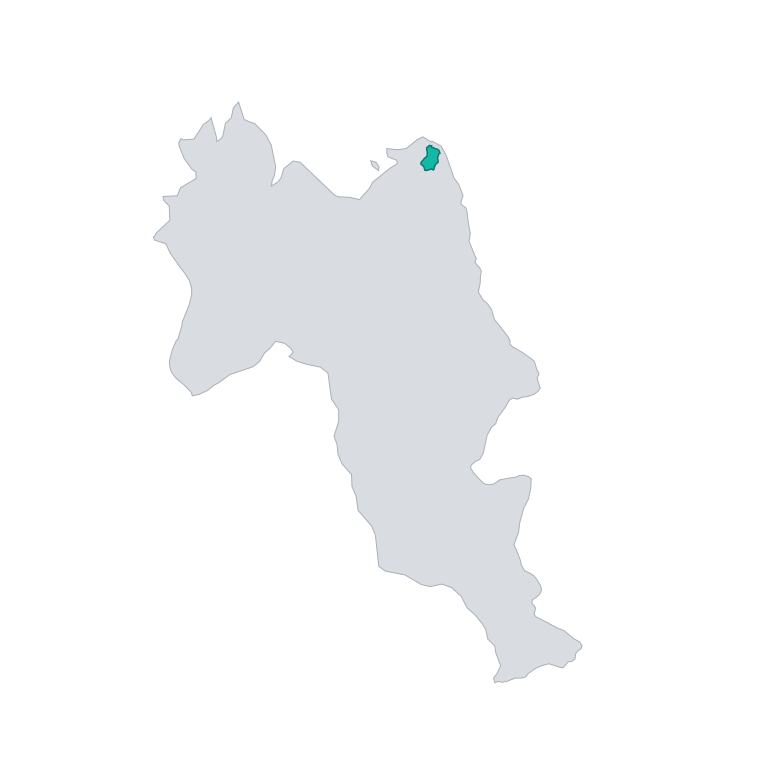 location of Phihyon, P'yŏngan-bukto, North Korea, rotated 109°
{"feature_id": "82179303B32066025180418", "entity_name": "Phihyon", "entity_type": "district", "adm_level": 2, "iso_a3": "PRK", "parent_name": "North Korea", "parent_adm1": "P'yŏngan-bukto", "projection": "equal_earth", "projection_center": [124.575, 40.048], "detail": "fine", "context": "in_parent", "style": "filled", "palette": "teal", "viewbox_px": 768, "rotation_deg": 109, "n_neighbors": 0, "source": "geoboundaries", "source_scale": "gbopen_adm2", "svg_char_len": 4038}
<svg xmlns="http://www.w3.org/2000/svg" viewBox="0 0 768 768"><g transform="rotate(109 384 384)"><path d="M457.7,561.5L454.9,563.1L450.3,571.9L446.0,583.1L441.7,589.2L436.8,592.5L431.5,594.5L420.8,595.3L411.2,594.6L408.1,593.4L394.9,594.1L391.2,594.9L372.1,594.0L362.2,594.9L355.9,597.1L349.6,601.6L344.1,608.5L339.3,615.8L329.5,629.2L322.5,635.7L322.6,645.1L322.5,647.9L320.0,649.9L319.2,649.1L315.1,648.4L298.9,639.8L285.6,645.0L282.3,651.8L278.7,654.0L273.3,640.7L264.7,640.3L250.8,628.5L244.9,630.9L243.4,635.6L235.9,646.4L225.4,655.4L222.0,656.6L218.1,655.9L218.6,653.5L214.3,643.4L197.6,639.4L191.6,635.1L188.5,634.2L204.8,623.0L209.1,621.0L205.9,618.4L202.4,617.1L189.0,618.8L182.0,615.1L171.8,616.3L164.7,613.3L179.4,602.4L180.0,595.9L179.8,591.0L187.2,576.5L194.7,568.5L213.9,557.1L222.3,555.5L228.4,555.9L233.4,554.9L228.1,550.5L223.0,548.5L213.0,548.9L202.7,542.4L201.7,535.5L221.6,492.0L221.9,488.0L218.7,477.5L217.6,467.2L203.3,461.3L197.0,460.5L178.6,449.0L171.3,443.1L168.4,444.8L167.9,454.1L165.3,456.2L160.5,458.0L158.1,447.4L154.1,439.7L142.0,432.0L137.6,427.7L139.7,418.4L138.7,417.6L140.6,407.2L148.1,399.2L166.3,385.0L171.0,378.3L180.2,370.5L184.4,370.7L188.7,370.0L189.9,366.6L190.9,363.9L194.6,361.4L203.5,357.1L213.6,351.4L221.6,349.9L231.4,341.3L235.4,337.6L239.5,337.6L240.6,335.9L242.8,331.5L245.9,328.6L250.3,328.0L257.4,325.9L266.4,324.7L272.4,317.5L274.4,312.4L278.4,306.8L286.9,300.7L292.7,291.7L299.1,281.9L302.2,278.8L305.2,278.1L307.0,274.5L309.0,264.1L311.9,254.0L313.6,249.2L321.0,244.0L322.9,241.5L324.6,240.6L328.1,241.3L332.7,238.3L337.0,234.9L341.0,236.1L345.1,238.9L349.4,244.5L351.4,248.9L354.8,252.6L355.5,258.0L358.9,260.4L366.0,261.6L377.7,265.3L385.3,265.5L389.7,268.2L398.7,269.8L416.7,267.6L424.1,268.9L427.3,272.3L431.9,274.9L434.9,275.1L438.8,270.5L442.9,262.9L445.6,257.2L445.4,252.6L442.8,247.7L436.8,243.2L432.8,236.1L429.0,228.8L426.7,226.5L424.9,222.9L424.4,217.5L425.7,213.9L434.6,211.4L446.0,210.0L455.4,211.5L470.9,210.5L480.3,208.5L487.4,208.7L493.9,208.7L496.8,205.6L505.7,198.1L510.0,195.5L514.7,190.4L515.3,185.1L516.2,180.8L518.8,176.2L523.4,170.6L527.4,168.0L531.9,168.3L536.7,170.9L539.8,173.5L543.1,172.8L545.9,168.3L547.7,167.5L553.1,167.1L554.7,164.3L556.5,151.3L558.3,141.0L558.5,133.8L563.0,121.9L564.3,114.8L567.1,111.4L570.5,111.7L573.3,113.8L576.8,115.0L581.5,113.9L584.8,115.7L586.9,119.5L593.9,122.2L594.6,124.1L594.8,137.0L598.8,143.1L604.0,148.6L611.1,153.5L614.9,154.7L617.2,158.2L619.5,164.4L624.6,170.4L627.4,174.7L628.0,179.3L630.4,181.8L626.5,184.7L621.2,182.9L612.5,181.9L601.7,190.8L595.6,194.0L591.5,202.7L583.0,207.9L578.4,213.5L572.5,223.1L568.7,232.4L559.6,241.9L554.5,253.9L554.4,264.2L560.7,274.7L561.4,283.7L557.7,302.2L560.5,321.8L558.1,329.5L529.6,343.0L522.2,349.7L512.0,367.3L499.2,373.8L491.3,380.9L480.2,385.2L473.3,397.5L465.6,404.5L456.4,408.8L449.5,414.3L433.9,414.7L423.0,418.5L415.3,428.8L391.8,440.6L388.8,449.6L390.5,463.4L390.8,474.0L388.9,482.7L383.6,480.2L380.9,483.1L377.9,491.2L378.9,500.4L387.1,503.3L393.8,507.1L403.2,509.0L410.2,513.3L425.2,532.7L437.3,541.3L440.5,544.4L447.5,548.7L454.0,555.4L457.7,561.5ZM181.6,466.2L177.2,469.2L176.9,463.8L180.4,459.3L183.9,458.7L181.6,466.2Z" fill="#d9dde1" stroke="#a8b0b8" stroke-width="1"/><path d="M161.5,406.8L161.0,407.1L159.5,406.5L158.5,406.2L156.9,405.1L155.6,405.4L154.6,405.9L153.3,406.8L151.5,407.1L149.9,407.0L149.2,407.0L148.1,407.0L147.4,406.5L147.4,406.4L145.8,407.6L145.0,408.5L144.7,409.6L144.7,411.3L144.9,412.5L144.4,413.9L144.6,415.1L144.6,416.2L143.5,416.8L143.3,416.7L143.5,418.2L144.0,419.1L145.0,419.4L145.8,420.0L146.8,420.6L148.0,420.1L149.0,419.6L150.2,418.9L151.5,418.3L153.1,417.7L155.1,417.7L156.1,418.3L156.9,418.9L158.2,419.5L159.4,419.8L160.7,420.4L161.7,421.0L162.8,421.0L164.1,420.7L164.9,418.4L165.7,417.0L167.3,415.8L168.6,415.0L168.6,414.4L168.3,413.5L167.8,412.7L166.8,411.2L166.1,410.3L165.3,409.5L165.3,408.9L165.6,407.7L165.4,406.9L164.4,406.6L163.1,406.9L162.0,406.9L161.5,406.8Z" fill="#14b8a6" stroke="#0f766e" stroke-width="1.5"/></g></svg>